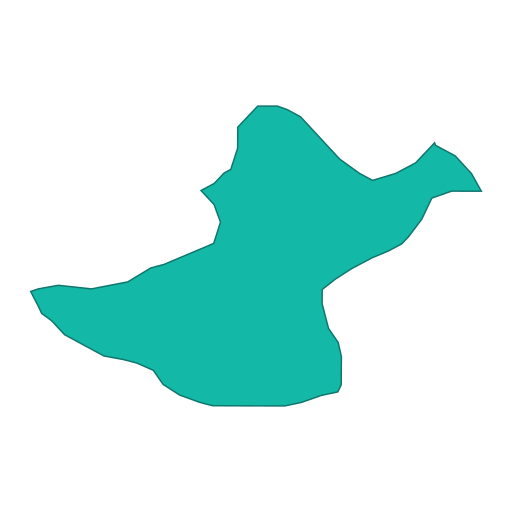 outline of Unsan, P'yŏngan-namdo, North Korea, rotated 180°
{"feature_id": "82179303B62623868631396", "entity_name": "Unsan", "entity_type": "district", "adm_level": 2, "iso_a3": "PRK", "parent_name": "North Korea", "parent_adm1": "P'yŏngan-namdo", "projection": "mercator", "projection_center": [126.152, 39.43], "detail": "fine", "context": "isolated", "style": "filled", "palette": "teal", "viewbox_px": 512, "rotation_deg": 180, "n_neighbors": 0, "source": "geoboundaries", "source_scale": "gbopen_adm2", "svg_char_len": 1013}
<svg xmlns="http://www.w3.org/2000/svg" viewBox="0 0 512 512"><g transform="rotate(180 256 256)"><path d="M174.2,120.1L170.8,127.1L170.7,144.8L170.6,155.4L173.8,169.5L183.5,183.6L189.9,208.4L189.8,222.5L176.5,233.0L160.0,243.6L140.1,254.1L123.5,261.1L110.3,268.1L103.6,275.1L90.3,292.7L80.2,313.9L60.4,320.9L43.9,320.8L30.7,320.8L40.5,338.4L56.8,356.1L76.5,366.7L77.4,369.2L96.4,349.1L116.3,338.6L139.5,331.6L152.6,338.7L172.3,352.9L188.6,370.5L198.4,381.1L211.5,395.2L224.6,402.3L234.5,405.9L254.3,405.9L274.2,384.9L274.4,363.7L281.2,342.6L287.8,339.1L297.8,328.5L311.0,321.5L297.9,307.4L291.5,289.8L298.3,268.6L314.8,261.6L331.4,254.6L347.9,247.6L361.1,244.1L384.3,230.1L420.7,223.1L453.6,226.7L473.4,223.2L481.3,220.5L473.6,205.6L470.3,198.5L460.5,191.4L447.4,177.3L427.7,166.6L408.0,156.0L388.3,152.4L375.1,148.9L358.7,141.7L348.9,127.6L332.5,117.0L312.8,109.8L299.6,106.3L276.5,106.2L243.5,106.1L227.1,106.1L210.5,109.6L190.7,116.6L174.2,120.1Z" fill="#14b8a6" stroke="#0f766e" stroke-width="1.5"/></g></svg>